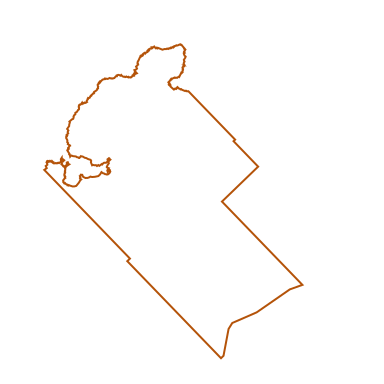 73, Ar Rayyān, Qatar, rotated 46°
{"feature_id": "91078587B33419778787215", "entity_name": "73", "entity_type": "district", "adm_level": 2, "iso_a3": "QAT", "parent_name": "Qatar", "parent_adm1": "Ar Rayyān", "projection": "mercator", "projection_center": [50.94, 25.696], "detail": "fine", "context": "isolated", "style": "outline", "palette": "amber", "viewbox_px": 384, "rotation_deg": 46, "n_neighbors": 0, "source": "geoboundaries", "source_scale": "gbopen_adm2", "svg_char_len": 5748}
<svg xmlns="http://www.w3.org/2000/svg" viewBox="0 0 384 384"><g transform="rotate(46 192 192)"><path d="M117.0,124.6L116.1,125.7L115.2,125.8L114.8,126.1L114.6,126.8L111.5,128.2L110.5,128.3L110.2,129.0L109.8,128.9L108.7,129.5L106.4,129.6L106.5,130.7L106.9,131.1L106.9,131.8L105.9,132.2L106.0,133.2L105.5,133.4L105.5,133.9L101.2,134.2L100.1,133.6L100.1,133.2L99.9,133.2L99.7,134.1L98.8,134.2L98.6,134.1L98.7,133.0L98.4,132.6L97.1,132.8L96.7,133.6L96.6,130.4L96.8,130.0L96.6,129.5L96.7,129.1L96.2,129.1L96.1,128.0L96.8,127.4L97.5,125.1L98.2,125.0L98.5,124.1L99.5,123.5L99.9,121.1L100.3,121.1L98.8,117.0L99.3,117.0L99.3,115.5L98.4,115.0L98.3,114.4L97.8,113.5L97.3,113.5L97.1,112.9L96.0,112.6L95.7,112.0L95.7,111.3L96.1,110.9L96.1,110.5L95.8,110.0L95.2,110.0L95.6,109.6L95.2,109.6L95.0,109.0L93.7,108.7L92.9,107.2L93.0,106.8L91.3,106.1L90.7,103.5L90.2,102.5L88.7,102.6L87.0,101.9L86.5,101.6L86.8,100.7L86.1,100.7L85.9,100.1L85.5,100.1L85.0,97.9L83.7,98.1L83.7,97.7L79.2,97.4L78.4,97.9L78.4,97.5L77.7,97.7L77.2,98.6L76.7,100.3L76.0,101.4L75.6,101.4L75.2,102.9L74.8,103.3L74.5,104.4L75.1,104.4L75.1,104.9L74.7,104.9L74.6,105.5L74.2,105.9L74.1,106.8L73.6,106.8L73.6,107.5L73.2,107.5L72.8,109.4L72.3,109.4L72.1,110.1L71.5,110.3L71.2,111.4L70.1,112.4L69.1,114.4L64.8,116.3L64.8,116.8L64.4,116.7L63.7,117.0L63.8,117.9L63.5,118.3L61.1,118.1L61.0,119.2L60.3,120.0L60.9,120.0L61.0,120.7L60.5,121.8L59.9,122.0L59.4,123.7L60.2,124.1L60.3,124.8L59.4,125.0L59.4,125.7L59.9,125.7L59.9,126.3L60.3,126.4L60.4,126.7L59.8,128.2L59.9,129.5L59.0,129.3L58.7,130.6L58.7,131.7L59.4,131.9L59.6,132.8L58.8,133.0L58.8,134.1L58.4,134.1L58.4,134.5L59.2,134.3L59.1,136.3L60.4,139.5L60.4,140.2L61.4,141.7L62.0,141.7L62.2,142.2L62.7,142.3L62.6,142.5L63.0,143.1L62.9,145.1L65.0,145.8L65.1,146.9L64.4,148.6L64.8,148.6L65.0,149.1L68.3,149.2L67.6,151.0L66.5,151.0L66.8,152.3L67.8,152.4L68.2,152.7L68.1,153.1L67.4,153.2L66.8,153.8L67.3,154.9L67.3,156.0L67.0,156.6L66.6,156.6L65.7,157.9L65.0,157.7L64.6,158.6L63.3,159.0L63.2,159.9L62.9,160.3L62.2,160.4L61.4,161.3L60.1,161.7L58.6,161.6L58.6,162.7L57.1,163.2L56.4,163.8L56.1,164.8L56.4,165.3L55.8,165.5L56.1,166.6L55.9,167.0L56.1,168.7L55.5,169.6L55.4,170.2L54.5,170.7L54.3,171.3L52.8,172.0L52.1,174.1L50.6,175.2L50.6,175.7L49.8,175.9L49.8,176.3L50.2,176.3L49.0,178.3L49.1,180.9L48.5,181.1L48.7,182.4L49.4,182.4L49.4,183.7L48.9,183.7L49.2,184.3L49.2,185.2L50.0,185.9L51.1,186.3L51.2,186.9L52.2,187.6L52.0,188.6L52.5,189.1L52.5,190.6L52.0,192.8L52.3,193.0L52.4,194.3L52.8,194.3L52.5,195.1L52.4,197.7L52.8,197.7L52.7,199.2L53.1,199.9L53.1,200.3L52.7,200.8L52.6,201.6L52.2,201.6L52.3,202.1L53.0,202.5L53.1,204.0L53.7,205.1L54.3,205.1L54.0,206.6L53.7,207.0L53.0,207.2L53.0,208.3L52.6,208.3L52.4,209.2L51.7,209.0L52.0,209.6L51.5,209.6L51.8,210.9L51.6,211.1L51.5,212.4L51.1,212.4L51.1,213.1L51.6,213.3L51.9,214.2L52.2,214.5L53.0,214.7L54.0,215.9L54.0,216.5L53.8,216.8L54.4,219.1L54.0,220.9L55.1,222.0L54.9,223.5L55.4,224.8L55.8,224.9L56.8,226.5L56.8,226.9L56.4,227.6L56.2,231.3L57.1,231.5L58.3,233.6L59.2,234.5L59.9,238.0L61.9,238.2L62.2,239.3L62.7,240.0L63.8,240.3L63.8,242.3L64.2,242.3L64.2,242.7L64.7,242.7L64.7,243.6L65.1,243.6L65.2,244.4L65.7,245.0L67.9,245.6L68.8,246.2L69.4,247.1L70.7,247.1L71.3,248.1L73.5,247.5L73.5,247.9L73.9,247.9L73.8,248.3L74.2,249.2L74.2,250.5L74.6,250.8L75.4,250.7L75.6,252.2L75.2,252.2L75.4,252.8L79.7,253.7L79.7,254.2L80.8,254.3L81.9,255.0L81.8,254.2L82.1,253.3L83.4,252.8L85.8,250.8L87.0,250.6L87.9,249.9L89.0,249.7L89.3,249.4L89.0,247.0L89.8,246.7L90.5,246.0L92.8,245.4L94.1,244.5L96.1,243.9L98.4,242.6L99.6,242.9L100.4,244.1L103.4,245.3L103.7,244.4L104.9,243.7L106.0,242.4L107.3,242.3L107.5,240.7L108.8,240.5L109.2,237.5L109.8,237.5L109.7,235.8L109.9,234.9L111.2,233.6L111.4,233.0L111.3,231.0L109.8,230.1L110.0,228.2L110.7,228.1L111.1,228.7L112.0,228.4L112.0,229.7L111.1,229.2L110.7,229.5L110.9,230.1L112.0,230.0L112.2,231.2L113.6,231.9L114.0,234.0L114.8,236.0L115.4,236.1L117.1,235.3L117.6,237.9L118.9,238.6L118.9,235.1L119.2,236.0L120.6,236.6L121.1,238.4L120.9,240.3L120.2,241.2L119.7,241.3L118.9,242.1L117.6,242.4L116.7,243.0L114.8,243.3L115.5,245.9L115.5,248.3L113.6,251.3L111.8,253.5L110.3,254.4L110.2,255.4L109.3,257.4L107.9,258.9L105.8,259.7L105.1,259.7L103.4,259.0L102.3,260.0L102.9,261.1L102.7,261.5L103.3,261.7L103.4,262.2L104.3,262.4L104.0,263.0L103.6,263.0L104.7,263.1L105.5,263.6L106.0,263.4L105.9,264.1L106.7,266.9L107.2,271.0L106.3,272.7L105.1,274.0L102.5,275.4L101.9,275.6L101.7,276.2L101.0,276.1L100.4,276.4L100.4,276.9L99.7,276.7L98.9,277.2L97.4,277.1L97.2,277.9L95.4,277.7L95.4,277.3L94.1,276.6L93.8,274.3L93.9,273.4L93.1,273.2L92.9,272.5L91.8,272.5L91.8,272.1L90.5,271.5L90.1,269.9L89.6,269.9L89.0,268.9L88.6,268.9L88.1,267.8L86.8,266.9L86.9,266.5L86.3,265.6L86.3,263.9L86.8,261.1L86.2,261.3L86.2,262.4L85.8,262.1L84.9,261.9L84.5,260.6L84.3,260.6L84.0,261.3L84.5,261.3L84.7,262.4L85.1,262.5L85.4,263.0L85.2,266.5L84.0,266.8L83.8,266.7L83.8,266.3L81.5,266.7L81.2,265.8L80.2,265.6L80.0,263.5L80.4,263.5L80.4,261.9L78.7,262.1L78.2,262.5L77.6,262.5L76.9,261.9L77.2,263.2L77.6,263.2L77.6,263.7L78.0,263.8L78.2,264.3L78.8,264.5L79.2,265.8L78.9,267.4L78.4,267.4L78.0,268.6L77.6,268.6L77.3,269.5L76.9,269.9L76.5,269.9L75.9,271.0L75.0,271.2L75.0,271.7L73.7,271.9L73.7,271.5L73.3,271.8L72.9,271.7L72.9,271.2L72.4,271.2L72.6,272.1L70.9,272.5L70.9,273.2L71.4,273.2L70.9,273.8L70.5,273.8L70.5,274.3L70.1,274.3L70.1,273.8L69.4,274.1L69.1,274.9L69.4,275.5L69.9,275.6L69.9,276.0L70.5,275.9L70.7,276.4L71.9,277.1L71.7,279.2L73.9,279.9L73.7,280.8L73.3,280.5L73.8,281.2L73.5,282.9L196.8,282.9L196.8,286.6L331.7,286.6L331.7,283.1L315.9,260.8L314.2,254.0L323.5,229.1L330.0,189.3L335.5,177.1L219.7,177.1L219.7,126.8L184.3,126.8L184.3,124.6L117.0,124.6Z" fill="none" stroke="#b45309" stroke-width="2"/></g></svg>